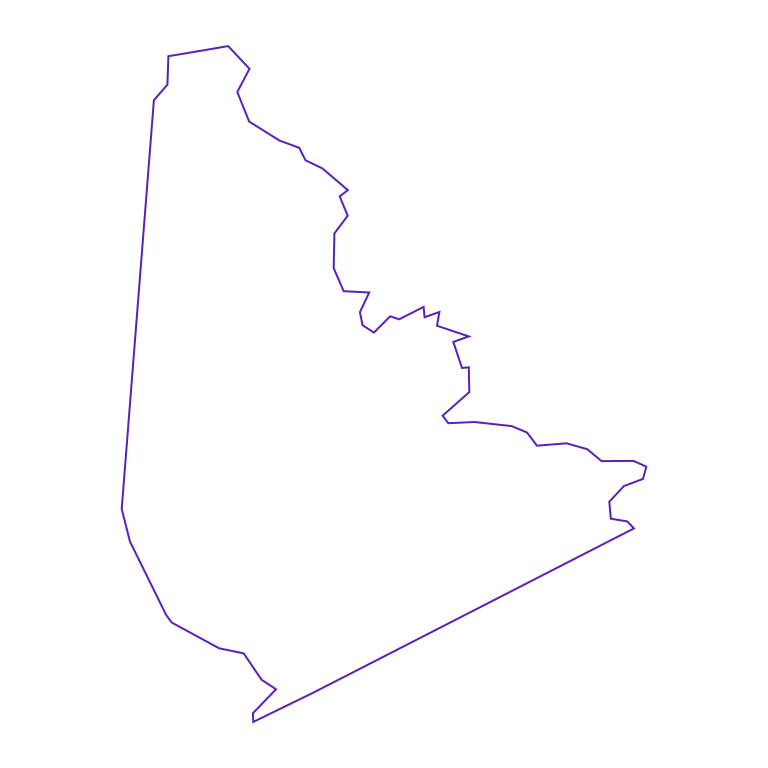 outline of San Jacinto, Texas, United States of America
{"feature_id": "52423323B92388679305568", "entity_name": "San Jacinto", "entity_type": "district", "adm_level": 2, "iso_a3": "USA", "parent_name": "United States of America", "parent_adm1": "Texas", "projection": "orthographic", "projection_center": [-95.097, 30.613], "detail": "fine", "context": "isolated", "style": "outline", "palette": "violet", "viewbox_px": 768, "rotation_deg": 0, "n_neighbors": 0, "source": "geoboundaries", "source_scale": "gbopen_adm2", "svg_char_len": 854}
<svg xmlns="http://www.w3.org/2000/svg" viewBox="0 0 768 768"><path d="M153.9,100.2L121.7,509.0L130.0,541.6L166.1,614.9L171.8,622.6L219.1,648.3L243.7,653.4L261.5,679.7L276.0,689.3L252.9,713.2L253.3,721.9L313.2,692.7L633.9,528.4L627.2,521.4L610.8,518.7L609.3,501.7L624.0,486.0L643.0,478.9L646.3,466.7L633.5,460.9L601.5,461.1L587.2,449.2L566.5,443.3L537.0,445.7L527.0,432.5L511.7,426.1L474.3,422.0L448.3,423.2L442.6,415.7L469.3,392.1L468.8,367.3L462.0,368.0L453.3,341.9L468.7,336.4L437.0,325.8L439.4,312.0L424.6,317.2L423.6,306.9L399.2,319.3L390.2,316.3L373.9,332.6L362.6,325.2L359.9,312.2L369.2,292.5L343.7,291.2L333.7,268.2L334.4,233.4L347.7,215.7L339.7,196.4L347.8,190.1L322.5,168.5L305.5,160.3L299.2,147.8L279.7,140.7L249.2,121.6L237.3,92.0L249.5,68.8L228.2,46.1L168.4,56.2L167.4,84.7L153.9,100.2Z" fill="none" stroke="#5b21b6" stroke-width="2"/></svg>